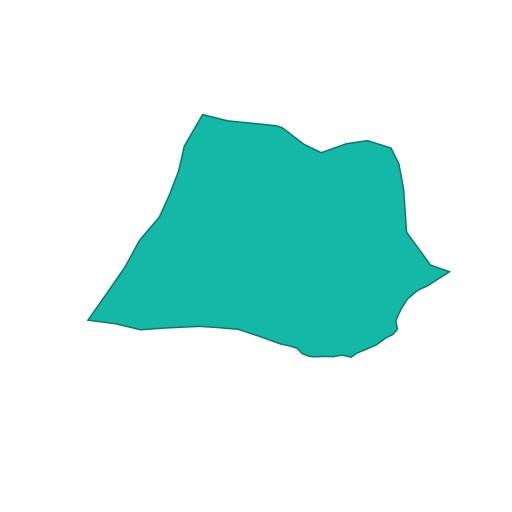 the district of Tandjilé Centre, Tandjilé, Chad, rotated 233°
{"feature_id": "50815135B21537967756666", "entity_name": "Tandjilé Centre", "entity_type": "district", "adm_level": 2, "iso_a3": "TCD", "parent_name": "Chad", "parent_adm1": "Tandjilé", "projection": "natural_earth1", "projection_center": [16.099, 9.299], "detail": "fine", "context": "isolated", "style": "filled", "palette": "teal", "viewbox_px": 512, "rotation_deg": 233, "n_neighbors": 0, "source": "geoboundaries", "source_scale": "gbopen_adm2", "svg_char_len": 962}
<svg xmlns="http://www.w3.org/2000/svg" viewBox="0 0 512 512"><g transform="rotate(233 256 256)"><path d="M220.4,414.0L236.6,422.1L243.7,425.6L261.0,428.8L281.2,414.3L291.4,395.4L299.2,370.3L316.4,361.5L320.6,360.3L342.2,354.3L347.7,350.7L381.4,314.3L401.1,298.5L386.8,264.7L379.7,256.4L370.3,245.1L363.9,234.8L360.0,228.5L357.3,224.3L352.7,216.0L352.3,215.2L345.3,202.3L338.6,172.4L326.1,144.9L315.8,114.0L305.9,83.2L286.7,102.8L266.5,119.5L253.8,139.2L234.1,168.1L223.4,180.7L208.2,197.6L190.0,210.2L182.9,214.9L171.0,222.6L164.8,228.1L157.6,233.3L150.3,234.1L143.9,238.1L140.3,242.0L134.1,250.9L129.3,256.8L125.0,265.2L118.0,271.0L117.7,278.3L115.1,288.3L112.6,298.9L112.5,302.7L112.4,311.2L110.9,318.0L112.6,325.1L120.0,328.6L123.6,334.8L126.7,340.8L128.6,346.0L130.5,351.1L131.2,363.7L130.5,368.2L128.9,375.2L128.2,385.3L127.6,392.7L127.2,397.2L127.0,401.0L143.8,389.9L184.4,390.6L220.4,414.0Z" fill="#14b8a6" stroke="#0f766e" stroke-width="1.5"/></g></svg>